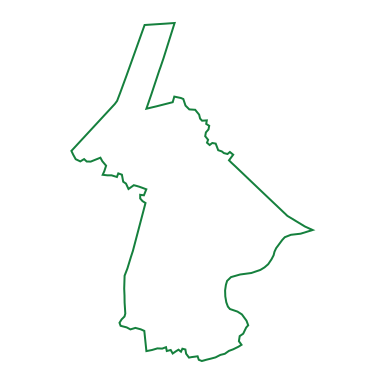 the district of Canhotinho, Pernambuco, Brazil
{"feature_id": "56859067B30065797041246", "entity_name": "Canhotinho", "entity_type": "district", "adm_level": 2, "iso_a3": "BRA", "parent_name": "Brazil", "parent_adm1": "Pernambuco", "projection": "natural_earth1", "projection_center": [-36.177, -8.872], "detail": "fine", "context": "isolated", "style": "outline", "palette": "green", "viewbox_px": 384, "rotation_deg": 0, "n_neighbors": 0, "source": "geoboundaries", "source_scale": "gbopen_adm2", "svg_char_len": 1979}
<svg xmlns="http://www.w3.org/2000/svg" viewBox="0 0 384 384"><path d="M131.0,256.7L127.4,268.5L124.6,275.7L124.2,288.6L124.5,295.5L124.6,302.5L125.3,313.6L124.5,316.5L121.6,319.4L119.5,322.8L120.6,325.8L126.7,327.4L130.4,329.4L135.4,327.9L140.7,329.3L144.3,330.9L146.4,351.1L152.0,350.0L157.4,348.4L162.2,348.6L166.0,347.2L166.8,351.0L170.7,350.0L172.7,353.5L176.2,351.1L178.5,349.7L181.0,351.7L182.4,348.7L185.4,349.5L186.1,353.7L189.0,357.6L191.6,357.1L197.6,356.3L198.8,359.8L201.8,361.0L206.5,359.7L211.0,358.6L215.5,357.4L220.4,354.9L224.8,353.8L228.9,350.9L233.2,349.3L238.5,346.7L241.5,344.8L238.9,341.2L239.7,336.1L243.2,333.7L246.2,327.5L248.2,325.3L246.5,320.7L241.9,314.4L237.5,311.6L229.9,309.0L227.9,306.6L226.3,302.3L225.3,296.4L225.1,290.4L225.9,284.9L227.1,280.9L231.0,277.1L240.1,274.5L251.3,273.0L260.4,269.9L264.5,267.4L268.2,264.2L271.5,259.3L273.6,255.3L274.5,251.7L276.2,248.1L282.3,239.9L284.8,237.2L290.9,234.8L300.6,233.7L312.6,230.0L304.9,226.5L287.4,215.9L261.7,191.5L237.9,168.8L235.6,166.6L231.6,162.9L229.0,160.3L233.2,154.7L229.9,152.0L227.5,154.0L223.9,153.1L221.8,151.4L218.2,150.2L215.7,143.6L212.3,143.0L209.6,145.0L207.0,142.7L208.1,139.8L205.2,136.2L205.9,132.4L208.5,129.4L209.2,125.8L206.2,123.9L206.8,120.4L202.1,120.7L200.1,118.6L199.1,114.6L197.2,112.3L195.2,109.8L189.3,109.4L185.5,105.6L183.3,99.0L180.9,98.0L174.3,96.6L172.7,102.2L160.1,105.4L156.6,106.3L146.4,108.7L151.3,94.5L159.3,70.4L160.5,67.1L163.5,58.3L174.6,23.0L166.2,23.6L144.6,25.0L136.1,48.8L126.4,75.9L120.3,92.5L117.1,100.9L114.8,104.0L71.4,150.9L73.2,154.7L75.7,159.2L80.3,161.4L84.1,159.1L86.7,161.5L90.7,161.6L100.4,157.7L102.3,161.2L106.1,165.7L104.3,171.2L102.7,174.8L107.1,175.3L111.5,175.3L116.9,177.0L118.3,173.4L121.9,174.7L123.2,181.7L126.0,183.6L128.5,189.0L133.8,185.2L136.5,185.9L139.2,186.7L142.0,187.7L146.3,189.3L143.9,195.3L140.2,194.8L140.2,198.5L142.5,201.1L145.5,203.0L132.9,250.9L131.0,256.7Z" fill="none" stroke="#15803d" stroke-width="2"/></svg>